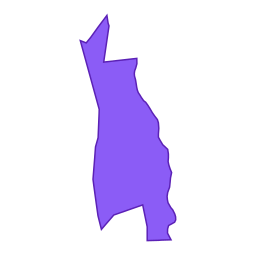 Angical do Piauí, Piauí, Brazil
{"feature_id": "56859067B59305730389641", "entity_name": "Angical do Piauí", "entity_type": "district", "adm_level": 2, "iso_a3": "BRA", "parent_name": "Brazil", "parent_adm1": "Piauí", "projection": "equal_earth", "projection_center": [-42.727, -6.089], "detail": "fine", "context": "isolated", "style": "filled", "palette": "violet", "viewbox_px": 256, "rotation_deg": 0, "n_neighbors": 0, "source": "geoboundaries", "source_scale": "gbopen_adm2", "svg_char_len": 1057}
<svg xmlns="http://www.w3.org/2000/svg" viewBox="0 0 256 256"><path d="M147.2,240.6L158.7,240.3L161.1,240.1L171.0,239.8L167.5,233.1L167.6,228.9L168.6,225.5L171.6,223.9L174.6,222.2L175.7,219.9L175.6,216.8L174.8,214.1L172.7,209.8L170.8,207.6L169.6,205.5L168.0,202.7L167.4,199.7L167.1,196.4L167.7,192.4L169.6,187.2L170.1,182.3L170.5,177.9L171.6,172.6L170.0,168.6L168.8,164.9L168.1,161.5L168.4,157.9L168.4,154.0L167.7,149.4L165.1,146.9L162.7,144.7L159.8,139.8L158.4,137.2L158.4,133.9L158.8,128.3L158.4,122.8L157.4,119.6L154.7,116.1L152.2,112.5L150.0,108.7L147.8,105.2L145.7,102.3L143.6,100.7L141.3,97.4L139.6,94.6L138.3,92.7L137.3,90.0L136.7,87.2L136.2,83.9L135.5,79.6L134.5,76.1L134.3,73.4L134.7,70.7L135.7,68.1L136.9,63.7L136.8,58.4L103.7,62.1L109.0,25.9L108.1,23.2L106.9,15.4L98.1,27.1L90.7,37.4L86.2,42.9L80.3,40.6L99.2,109.3L99.1,113.6L98.1,137.7L95.5,146.9L94.7,157.9L93.9,167.9L93.0,179.3L93.8,185.5L96.1,202.4L98.0,215.8L101.4,229.4L113.8,215.0L133.8,208.0L142.7,204.9L147.2,226.8L147.2,240.6Z" fill="#8b5cf6" stroke="#5b21b6" stroke-width="1.5"/></svg>